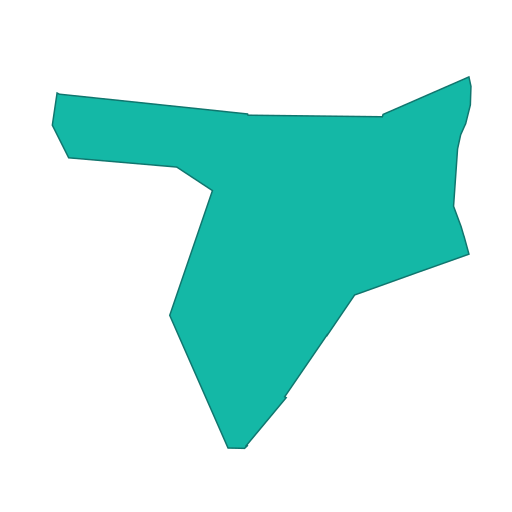 outline of Guesneau, Castries, Saint Lucia, rotated 184°
{"feature_id": "8701671B77991927650857", "entity_name": "Guesneau", "entity_type": "district", "adm_level": 2, "iso_a3": "LCA", "parent_name": "Saint Lucia", "parent_adm1": "Castries", "projection": "orthographic", "projection_center": [-60.966, 13.992], "detail": "fine", "context": "isolated", "style": "filled", "palette": "teal", "viewbox_px": 512, "rotation_deg": 184, "n_neighbors": 0, "source": "geoboundaries", "source_scale": "gbopen_adm2", "svg_char_len": 687}
<svg xmlns="http://www.w3.org/2000/svg" viewBox="0 0 512 512"><g transform="rotate(184 256 256)"><path d="M270.5,62.5L262.7,62.9L254.0,63.3L250.9,66.7L251.8,66.1L253.2,65.2L216.0,116.8L217.6,117.5L180.7,180.4L179.7,182.2L179.5,181.8L154.9,224.0L95.8,250.0L43.7,272.7L49.9,290.3L50.1,290.6L53.4,299.5L62.4,319.4L62.4,348.5L62.4,376.9L61.7,381.6L60.3,391.2L56.9,400.5L56.1,402.5L54.6,411.0L52.7,421.7L53.0,429.4L53.4,440.2L56.1,449.5L139.1,406.1L139.5,404.3L139.7,403.7L242.7,397.7L273.8,395.9L274.3,397.1L294.6,397.8L463.5,403.7L465.8,404.7L468.3,372.3L449.7,340.9L341.3,339.2L304.0,318.2L337.9,190.8L336.2,187.5L270.5,62.5Z" fill="#14b8a6" stroke="#0f766e" stroke-width="1.5"/></g></svg>